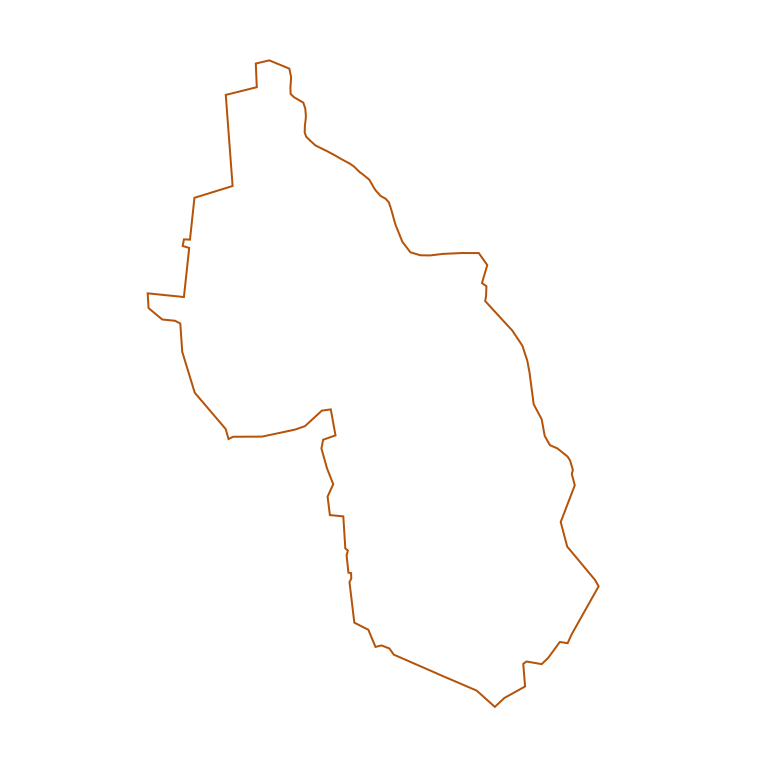 the district of Al Kamlin, Gezira, Sudan, rotated 11°
{"feature_id": "16777658B48918222085465", "entity_name": "Al Kamlin", "entity_type": "district", "adm_level": 2, "iso_a3": "SDN", "parent_name": "Sudan", "parent_adm1": "Gezira", "projection": "equal_earth", "projection_center": [32.926, 15.143], "detail": "fine", "context": "isolated", "style": "outline", "palette": "amber", "viewbox_px": 768, "rotation_deg": 11, "n_neighbors": 0, "source": "geoboundaries", "source_scale": "gbopen_adm2", "svg_char_len": 1746}
<svg xmlns="http://www.w3.org/2000/svg" viewBox="0 0 768 768"><g transform="rotate(11 384 384)"><path d="M613.7,603.4L616.0,593.8L633.3,541.6L628.3,535.9L594.9,508.7L583.8,485.8L590.6,447.0L585.5,436.5L585.8,432.3L581.3,423.7L578.0,420.2L566.4,414.1L558.6,412.4L551.7,404.4L545.5,388.5L534.8,375.3L524.6,344.8L520.2,333.8L512.6,320.1L499.8,307.1L492.7,301.9L467.5,283.3L467.4,278.2L465.9,268.5L460.9,266.2L462.7,247.6L452.5,237.8L452.2,237.5L452.1,237.4L435.8,240.5L416.8,245.1L404.7,249.0L395.1,250.7L384.8,249.7L374.9,240.9L365.3,226.1L363.2,222.2L359.2,214.1L356.6,209.1L354.1,204.8L350.4,201.9L347.7,201.0L344.7,200.0L339.2,195.8L337.0,193.7L333.6,189.7L330.5,186.2L322.5,181.9L319.6,180.6L317.5,179.2L313.3,176.4L308.9,174.4L298.7,171.2L291.8,168.8L283.3,166.2L279.1,165.1L271.2,162.9L265.4,159.4L260.3,156.0L258.1,152.0L257.6,148.8L257.1,145.7L256.8,141.3L256.3,136.3L254.2,128.7L251.1,123.2L240.8,119.6L237.0,117.1L235.6,111.1L234.3,100.6L230.9,92.5L209.6,88.2L197.0,93.9L202.5,116.9L173.5,130.4L197.6,218.5L192.4,221.3L162.4,237.4L166.0,279.3L160.0,280.2L160.0,286.9L166.8,287.6L171.0,336.8L134.7,340.1L138.4,354.4L154.0,363.0L166.8,361.8L172.5,363.5L179.8,390.9L199.9,428.7L237.2,458.4L241.9,467.7L245.9,464.6L274.4,458.9L305.4,445.7L314.4,440.5L328.1,422.0L336.6,419.1L346.2,443.7L334.9,450.3L334.9,459.3L344.2,477.8L353.3,492.0L350.1,505.3L355.9,523.0L369.3,521.7L377.4,552.8L380.3,554.4L380.0,559.4L385.1,576.0L387.8,575.9L389.0,581.3L387.9,585.0L400.4,623.9L410.0,626.7L415.5,628.2L425.8,643.7L431.5,641.1L439.8,642.6L445.2,647.8L480.2,655.6L495.6,659.1L533.5,667.3L554.4,679.8L562.1,669.2L580.2,654.0L574.1,632.2L576.8,629.2L592.2,628.9L597.4,621.6L605.8,603.7L613.7,603.4Z" fill="none" stroke="#b45309" stroke-width="2"/></g></svg>